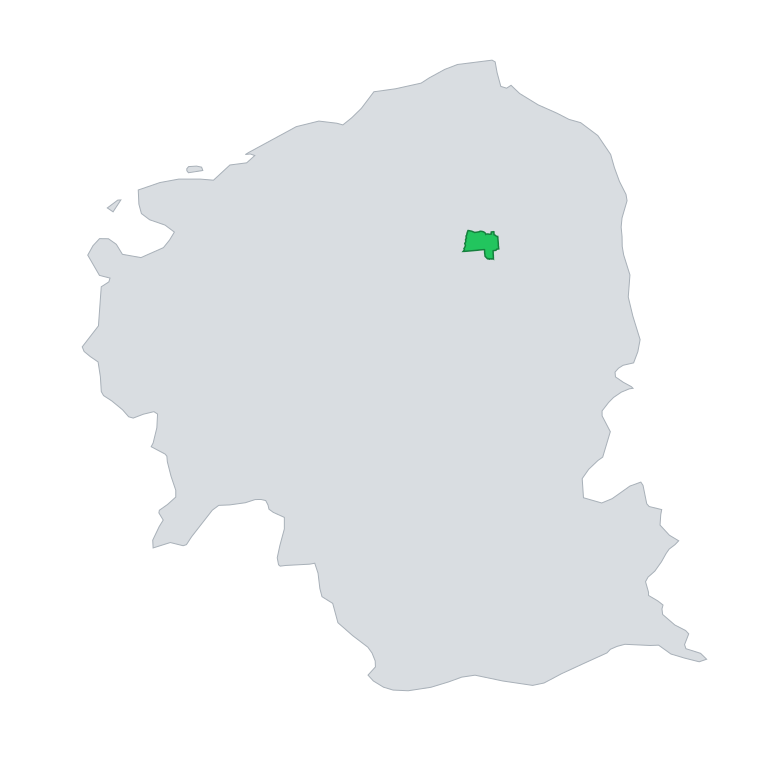 Siem Reap, Siemréab, Cambodia (highlighted), rotated 85°
{"feature_id": "14789045B16739970374251", "entity_name": "Siem Reap", "entity_type": "district", "adm_level": 2, "iso_a3": "KHM", "parent_name": "Cambodia", "parent_adm1": "Siemréab", "projection": "natural_earth1", "projection_center": [103.853, 13.34], "detail": "fine", "context": "in_parent", "style": "filled", "palette": "green", "viewbox_px": 768, "rotation_deg": 85, "n_neighbors": 0, "source": "geoboundaries", "source_scale": "gbopen_adm2", "svg_char_len": 6747}
<svg xmlns="http://www.w3.org/2000/svg" viewBox="0 0 768 768"><g transform="rotate(85 384 384)"><path d="M686.3,86.6L688.2,94.2L683.2,108.6L678.0,121.7L668.1,133.2L667.7,141.6L664.3,166.7L665.7,174.7L668.0,181.6L671.3,185.3L680.0,209.9L688.0,232.2L695.8,250.6L697.2,262.2L690.2,291.6L682.0,318.7L682.8,332.2L686.4,345.6L690.2,363.6L691.7,386.6L689.7,401.6L686.0,410.9L678.9,420.5L672.6,425.3L665.1,417.2L659.1,416.9L651.1,419.3L644.8,423.0L632.0,437.1L617.8,450.7L598.1,454.2L590.5,464.3L582.3,465.7L566.7,466.2L556.5,468.6L557.0,473.7L556.2,497.7L556.4,503.3L554.9,504.8L547.8,505.5L535.8,501.8L519.7,495.9L508.2,494.9L502.3,505.4L498.7,509.5L494.4,510.1L489.8,512.0L488.3,516.6L487.9,522.5L490.2,532.5L491.0,548.3L490.5,559.2L494.7,566.0L519.4,589.0L526.8,594.8L527.6,598.2L523.3,610.7L527.2,628.3L519.4,628.0L506.5,620.4L500.3,615.8L492.8,619.5L490.2,618.8L485.2,610.2L478.5,601.3L471.7,600.7L457.3,604.2L442.6,606.6L437.0,606.6L434.7,608.2L426.2,621.4L422.6,619.1L407.8,614.1L394.2,612.2L391.5,615.6L393.1,626.3L396.1,636.8L394.4,641.2L386.9,646.7L377.1,656.7L371.1,664.4L366.9,666.3L352.0,665.9L337.1,666.9L331.1,674.2L325.5,679.9L320.7,681.4L301.2,663.4L262.5,657.2L258.3,649.2L254.6,647.7L251.0,658.0L229.8,667.9L220.9,661.9L214.4,654.7L215.3,645.8L221.5,638.5L232.0,633.3L236.9,615.1L228.9,591.8L221.8,585.0L214.4,579.6L206.6,588.3L200.0,603.1L193.1,610.8L183.5,612.5L169.3,611.9L163.8,589.7L162.0,570.7L163.9,549.0L166.1,536.1L152.4,518.4L151.7,501.5L145.1,492.8L143.2,497.2L143.3,502.1L141.5,498.5L120.0,449.0L116.4,426.0L120.1,408.3L122.3,402.4L116.1,393.1L107.4,382.5L92.0,368.6L90.9,346.7L87.5,320.8L82.9,312.1L75.9,296.1L72.1,282.9L70.8,248.1L72.8,245.2L83.7,244.2L97.7,241.7L100.0,236.1L97.5,231.4L106.5,223.5L119.3,206.2L129.3,188.1L136.5,176.7L140.8,165.3L155.2,149.3L175.1,138.2L188.6,135.6L202.7,131.8L216.2,126.4L222.6,125.9L239.3,132.4L248.4,134.1L257.9,134.0L267.7,134.7L276.3,134.0L296.8,129.5L318.6,133.1L338.0,130.2L362.1,125.0L373.9,128.3L384.7,133.5L386.2,144.2L388.7,149.0L392.3,152.8L397.1,152.8L403.2,145.4L408.3,137.7L410.0,136.3L410.2,140.1L412.8,148.3L417.4,156.5L422.0,161.9L429.8,169.1L434.8,169.5L451.2,162.7L475.9,172.5L478.8,177.5L486.8,187.5L495.5,194.8L514.7,195.2L521.5,177.5L518.1,166.7L507.1,147.9L504.1,136.7L507.6,134.8L526.2,132.7L529.2,130.5L533.3,118.3L538.3,119.7L548.6,121.3L559.5,112.9L565.9,104.1L569.4,108.1L573.3,114.3L577.5,117.8L585.3,123.1L594.0,130.5L599.4,137.8L603.7,140.7L614.7,138.6L617.7,138.9L624.0,130.1L628.5,125.3L632.3,126.7L637.9,126.5L649.4,115.3L655.9,105.0L659.5,102.2L669.8,107.3L674.0,106.3L679.9,92.1L686.3,86.6ZM156.5,560.4L154.4,561.8L152.4,561.7L150.4,559.7L150.6,551.7L152.1,546.8L155.5,545.9L156.5,560.4ZM188.9,638.9L184.5,644.3L177.6,633.2L177.7,630.1L188.9,638.9Z" fill="#d9dde1" stroke="#a8b0b8" stroke-width="1"/><path d="M247.7,257.9L246.9,257.9L246.9,258.8L245.2,260.6L245.0,261.3L244.5,261.4L244.2,261.4L243.9,261.4L243.6,261.3L243.2,261.3L242.9,261.3L242.5,261.3L242.3,261.3L242.1,261.3L241.9,261.3L241.8,261.7L241.8,262.1L241.9,262.6L241.9,263.0L241.9,263.3L241.9,263.7L241.9,263.9L242.1,264.0L242.3,264.0L242.5,264.0L242.9,264.0L243.2,264.1L243.6,264.1L243.9,264.0L244.0,264.1L244.1,264.3L244.0,264.5L243.9,264.8L244.0,265.2L244.0,265.4L244.0,265.8L244.0,266.0L243.9,266.4L243.8,266.6L243.8,266.8L243.7,267.1L243.6,267.4L243.6,267.7L243.6,268.0L243.6,268.3L243.6,268.7L243.6,269.0L243.6,269.4L243.7,269.6L243.3,269.6L243.2,269.7L242.9,269.8L242.7,269.9L242.5,270.0L242.1,270.3L241.9,270.5L241.7,270.7L241.5,271.0L241.3,271.4L241.1,271.6L240.9,272.1L240.8,272.4L240.6,272.8L240.5,273.2L240.4,273.7L240.3,274.2L240.3,274.6L240.2,274.9L240.2,275.1L240.3,275.3L240.5,275.5L240.7,276.1L240.7,276.5L240.8,277.0L240.8,277.6L240.8,278.0L240.9,278.6L240.9,279.4L240.9,279.8L241.0,280.5L240.9,280.6L240.5,281.2L240.2,281.9L239.9,282.5L239.6,282.9L239.4,283.4L239.2,284.2L238.8,285.3L238.4,286.9L238.5,287.0L238.8,287.1L239.0,287.2L239.3,287.3L239.6,287.4L239.7,287.5L239.9,287.6L240.0,287.8L240.3,287.9L240.5,287.9L240.8,287.9L240.9,288.0L241.0,288.0L241.3,288.1L241.5,288.3L241.8,288.4L242.0,288.4L242.4,288.5L242.5,288.5L242.9,288.7L243.0,288.7L243.2,288.9L243.3,289.0L243.5,289.2L243.6,289.3L243.8,289.4L244.0,289.4L244.3,289.3L244.5,289.2L244.8,289.2L244.9,289.3L245.0,289.3L245.4,289.4L245.6,289.2L245.8,289.2L246.0,289.2L246.1,289.3L246.3,289.4L246.3,289.5L246.5,289.7L246.6,289.8L246.8,289.9L246.9,290.0L247.0,290.1L247.4,290.2L247.6,290.2L247.8,290.2L248.1,290.1L248.3,290.1L248.5,290.1L248.8,290.1L249.0,290.1L249.3,290.2L249.5,290.2L249.7,290.3L249.8,290.4L249.9,290.5L250.0,290.6L250.3,290.8L250.6,291.0L250.9,291.2L251.0,291.3L251.3,291.3L251.4,291.2L251.5,291.1L251.8,291.1L252.0,291.0L252.2,290.9L252.4,290.9L252.6,290.9L252.9,290.8L253.1,290.8L253.3,290.9L253.5,291.0L253.8,291.1L254.2,291.2L254.4,291.4L254.5,291.5L254.8,291.6L255.0,291.7L255.2,291.9L255.4,292.0L255.6,292.1L255.8,292.3L255.9,292.5L256.0,292.5L256.3,292.5L256.4,292.4L256.6,292.3L256.9,292.2L257.1,292.3L257.4,292.4L257.6,292.5L257.8,292.6L258.0,292.8L258.2,293.0L258.4,293.2L258.5,293.3L258.8,293.6L258.9,291.8L258.9,288.6L258.9,288.0L258.9,286.8L258.9,285.5L258.9,283.8L258.9,282.2L258.9,279.7L258.9,279.1L258.8,278.4L258.9,277.9L258.8,277.2L258.8,276.5L258.8,275.7L258.8,274.6L258.8,273.9L258.8,273.6L258.8,272.8L258.9,272.2L259.0,272.2L259.3,272.2L259.7,272.2L260.2,272.2L260.7,272.2L261.0,272.2L261.5,272.3L261.9,272.3L262.6,272.3L262.9,272.3L263.4,272.2L263.8,272.2L264.3,272.2L264.7,272.2L265.1,272.2L265.4,272.2L265.7,272.1L265.8,272.0L266.0,271.9L266.3,271.6L266.6,271.3L266.8,271.2L267.0,271.0L267.2,270.8L267.4,270.6L267.7,270.5L267.9,270.3L268.1,270.2L268.3,269.9L268.4,269.7L268.3,269.3L268.3,269.2L268.3,268.9L268.2,268.7L268.3,268.5L268.5,268.5L268.7,268.4L268.6,268.2L268.8,267.9L268.7,267.8L268.6,267.7L268.5,267.4L268.6,267.2L268.7,266.9L268.7,266.7L268.6,266.3L268.6,266.2L268.8,266.1L268.9,265.9L268.9,265.7L268.8,265.3L268.9,265.2L268.9,264.9L268.7,264.7L268.7,264.4L268.7,264.2L268.8,264.1L268.4,264.1L267.9,264.0L267.5,264.0L266.9,264.0L266.7,264.0L265.7,263.9L264.6,263.9L263.5,263.9L262.7,263.8L261.6,263.8L261.0,263.7L260.9,263.7L260.7,263.6L260.7,263.3L260.7,262.9L260.6,262.4L260.6,262.1L260.6,261.8L260.6,261.4L260.6,261.1L260.6,260.9L260.4,260.7L260.2,260.6L260.0,260.4L259.8,260.2L259.6,260.0L259.5,259.9L259.5,259.6L259.4,258.0L259.4,257.9L259.2,257.9L258.9,257.9L258.6,258.0L258.2,258.0L257.7,257.9L257.4,257.9L257.0,258.0L256.6,258.0L256.4,258.0L256.2,258.0L255.9,258.1L255.3,258.0L254.7,257.9L254.2,257.9L253.9,257.9L253.4,257.9L253.0,257.9L252.5,257.9L252.0,257.9L251.4,257.9L251.0,257.9L250.6,257.9L250.1,257.9L249.7,257.9L249.1,257.9L248.8,257.9L248.5,257.9L248.0,257.8L247.7,257.9Z" fill="#22c55e" stroke="#15803d" stroke-width="1.5"/></g></svg>